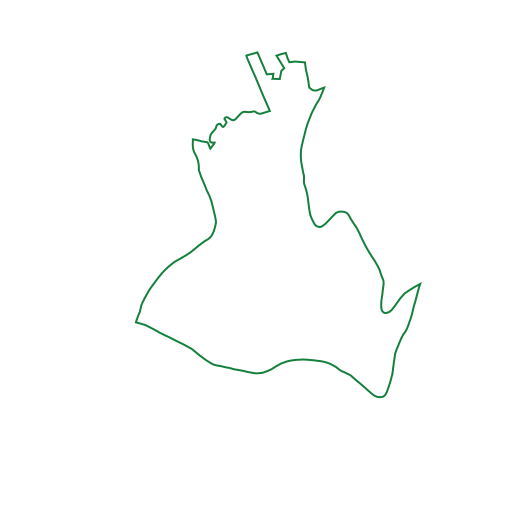 Xuan Truong, Nam Định, Vietnam, rotated 153°
{"feature_id": "81297802B91982413663988", "entity_name": "Xuan Truong", "entity_type": "district", "adm_level": 2, "iso_a3": "VNM", "parent_name": "Vietnam", "parent_adm1": "Nam Định", "projection": "robinson", "projection_center": [106.347, 20.297], "detail": "fine", "context": "isolated", "style": "outline", "palette": "green", "viewbox_px": 512, "rotation_deg": 153, "n_neighbors": 0, "source": "geoboundaries", "source_scale": "gbopen_adm2", "svg_char_len": 5041}
<svg xmlns="http://www.w3.org/2000/svg" viewBox="0 0 512 512"><g transform="rotate(153 256 256)"><path d="M393.1,251.4L390.3,248.8L386.0,244.8L380.8,237.7L376.6,231.3L372.6,226.0L370.2,223.0L365.3,216.2L360.2,209.4L355.4,202.3L351.6,193.6L347.7,185.7L344.4,180.2L342.6,178.0L339.9,175.7L338.0,174.4L332.8,170.0L330.7,168.5L329.5,167.4L327.8,165.8L326.3,164.5L324.6,163.3L324.5,163.2L322.1,161.4L319.7,159.6L316.3,156.6L313.3,154.4L312.2,153.5L310.4,152.2L308.4,151.0L305.7,149.9L304.4,149.4L302.8,148.9L301.6,148.7L299.8,148.5L298.1,148.4L297.1,148.2L296.1,148.2L294.2,148.1L293.6,148.1L293.2,148.1L290.4,148.4L287.9,148.6L285.0,148.7L282.7,148.8L281.0,148.6L279.5,148.4L277.5,148.2L276.0,147.9L274.5,147.6L272.8,147.1L270.9,146.5L269.2,145.9L267.1,145.1L264.2,143.8L261.4,142.6L258.4,140.9L256.8,139.9L255.4,139.0L251.8,136.8L249.9,135.5L247.8,134.0L245.9,132.8L244.4,131.6L242.4,129.9L241.1,128.7L240.1,127.6L238.6,125.9L238.0,125.0L237.1,123.8L236.3,122.6L235.5,121.4L234.8,120.2L233.9,118.1L232.4,115.1L231.2,113.7L229.5,111.6L228.4,110.1L227.5,108.9L226.8,108.1L225.7,106.3L224.1,102.1L222.9,99.2L222.2,97.6L221.5,96.1L218.6,89.1L217.8,86.7L216.1,82.6L216.0,82.2L215.4,80.8L214.8,79.7L214.2,78.3L213.2,76.9L212.2,75.7L210.6,74.5L209.3,73.8L208.0,73.3L206.7,73.0L205.7,73.1L204.8,73.2L203.9,73.6L202.9,74.1L201.2,75.4L198.6,77.8L197.0,79.4L193.6,82.8L192.1,84.4L189.9,86.9L188.2,88.7L187.0,90.5L186.1,91.7L185.1,93.3L184.0,94.9L182.2,97.5L180.6,99.8L179.3,101.6L178.6,102.7L178.2,103.2L177.6,104.0L177.0,105.0L174.7,107.4L173.5,108.6L171.9,109.9L170.6,111.0L168.9,112.5L167.5,113.7L165.3,115.6L163.3,117.2L160.6,119.1L157.2,120.8L154.6,122.6L153.3,123.7L150.7,126.1L148.8,128.0L147.3,129.3L144.9,131.9L144.2,132.6L141.5,135.6L137.6,140.2L135.1,142.7L132.4,145.8L130.2,148.2L127.7,151.1L125.1,153.9L122.4,156.6L128.8,156.4L135.7,155.8L140.5,155.2L146.8,152.7L154.9,148.5L159.8,146.2L162.9,145.6L165.8,146.1L167.3,146.9L168.0,147.9L168.4,149.0L168.5,149.9L168.4,151.2L167.7,153.5L165.2,158.3L160.5,165.0L158.4,168.2L156.4,171.1L154.9,173.3L153.9,175.4L153.7,176.1L153.5,177.1L153.2,180.8L153.0,182.6L152.2,187.5L152.1,191.2L152.4,197.7L153.1,203.7L153.5,208.3L153.7,211.6L153.8,214.5L153.8,222.1L153.5,229.4L153.5,234.2L153.7,237.4L154.1,239.8L154.7,245.8L154.8,250.3L155.4,252.8L156.4,254.2L157.8,255.6L159.9,256.9L162.4,257.9L165.1,258.1L168.8,256.9L174.8,254.8L178.8,253.4L179.4,253.2L182.5,252.6L184.5,252.5L185.8,252.7L187.1,253.7L188.5,255.1L189.3,257.3L189.4,259.6L189.4,263.7L189.0,267.8L187.7,272.4L185.1,279.8L183.3,284.5L182.0,289.3L181.8,290.1L181.1,293.3L180.4,297.8L180.4,298.0L179.7,300.2L177.8,303.7L176.8,305.7L176.3,308.2L175.4,311.3L173.0,319.3L171.9,322.1L170.4,325.3L168.1,329.6L167.2,330.8L165.0,333.6L161.9,337.3L156.8,343.1L154.3,346.0L149.9,350.6L141.4,358.1L133.4,363.9L128.7,366.7L126.6,368.3L122.2,372.0L118.9,375.1L119.8,375.2L120.8,375.4L124.2,375.7L125.5,375.7L126.7,375.9L128.6,376.8L129.9,377.8L130.5,378.5L132.1,381.9L130.8,385.8L130.1,387.7L128.8,391.9L128.6,392.5L127.8,395.9L126.9,399.4L124.5,406.3L132.9,411.5L133.1,411.6L138.3,413.5L138.1,418.1L137.2,423.3L138.0,423.5L141.8,424.4L146.8,425.2L145.6,410.5L149.3,409.5L154.5,402.9L160.8,406.4L160.5,406.6L157.8,410.5L163.9,412.9L162.3,436.7L173.6,439.0L173.7,438.9L174.1,435.5L175.0,421.5L175.3,415.6L176.8,395.9L177.8,378.9L187.6,380.7L188.8,381.6L189.9,382.6L191.3,385.0L191.7,385.5L192.2,385.8L193.5,386.2L195.4,386.7L196.6,387.2L197.4,387.6L199.9,389.2L201.4,390.0L202.7,390.2L203.4,390.1L204.9,389.8L208.7,388.5L211.8,387.3L213.1,387.1L214.1,387.1L214.8,387.5L215.5,387.8L216.4,389.1L217.2,390.5L218.4,392.4L219.3,393.1L220.8,393.2L221.5,392.9L221.8,392.6L221.9,392.0L221.8,391.6L221.6,389.7L221.6,388.7L221.7,388.4L221.9,388.1L222.5,387.8L223.8,387.0L224.7,386.5L226.3,385.9L226.7,385.9L226.9,386.1L227.2,386.5L227.5,387.5L227.6,389.1L227.9,389.9L228.6,390.4L229.6,390.6L230.9,390.5L231.7,390.2L232.5,389.5L233.6,388.3L234.7,387.6L236.8,386.7L239.3,385.8L240.9,384.9L242.1,383.8L243.3,382.3L244.5,380.6L244.8,379.8L244.8,379.1L244.7,378.3L244.5,377.7L244.0,377.1L242.9,376.6L241.4,375.8L242.4,375.0L246.3,373.2L247.9,372.3L248.0,372.6L248.0,373.4L247.8,374.6L247.5,377.7L247.5,378.9L247.9,379.6L252.1,382.6L255.5,385.7L259.3,388.6L260.1,387.0L261.4,384.7L262.8,381.8L263.6,379.1L264.0,376.4L263.9,375.4L263.9,373.5L263.9,370.9L264.5,367.2L265.4,363.9L266.7,360.8L267.7,359.0L268.1,357.5L268.3,355.8L268.9,351.6L269.5,343.1L269.9,338.7L270.1,336.6L270.2,330.6L270.9,324.9L272.4,318.4L274.5,309.8L275.7,305.8L276.4,304.1L277.7,302.4L280.0,299.7L280.5,299.2L282.3,297.3L284.4,295.6L286.1,294.4L288.8,293.2L291.5,292.7L295.1,292.5L298.8,291.9L303.0,291.1L307.1,290.2L312.0,289.1L315.0,288.7L319.4,288.3L319.8,288.3L324.8,288.0L328.3,287.9L331.4,287.7L335.7,286.9L339.5,286.0L343.9,284.7L347.6,283.4L351.8,281.5L354.2,280.4L358.9,278.1L365.0,275.0L368.3,273.0L373.7,269.4L377.8,266.4L380.4,264.3L383.2,260.9L385.0,258.8L386.9,257.3L387.2,257.0L387.4,256.9L389.3,255.1L390.6,254.0L393.1,251.4Z" fill="none" stroke="#15803d" stroke-width="2"/></g></svg>